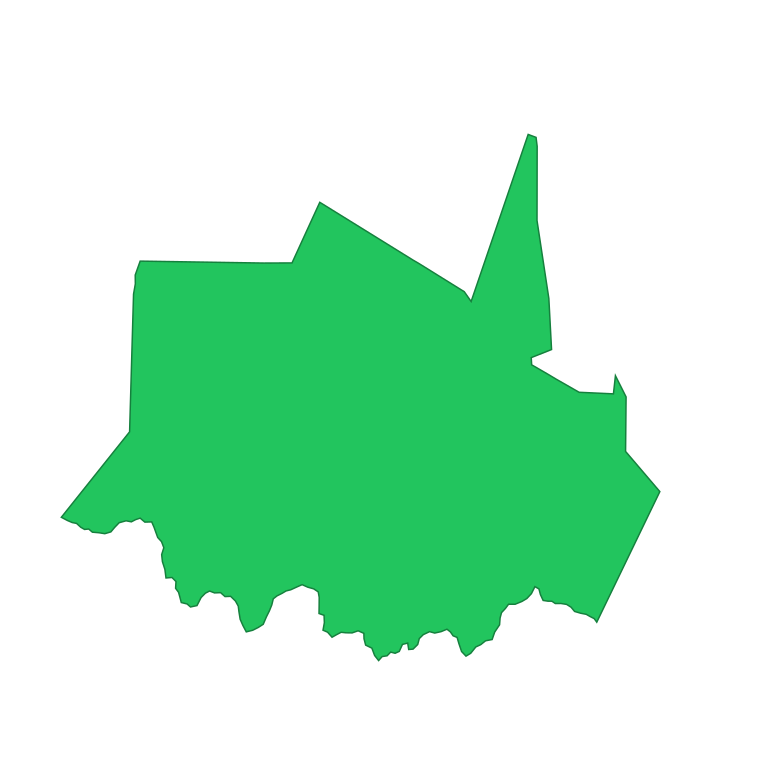 the district of Domingos Mourão, Piauí, Brazil, rotated 191°
{"feature_id": "56859067B58876353314423", "entity_name": "Domingos Mourão", "entity_type": "district", "adm_level": 2, "iso_a3": "BRA", "parent_name": "Brazil", "parent_adm1": "Piauí", "projection": "equal_earth", "projection_center": [-41.31, -4.285], "detail": "fine", "context": "isolated", "style": "filled", "palette": "green", "viewbox_px": 768, "rotation_deg": 191, "n_neighbors": 0, "source": "geoboundaries", "source_scale": "gbopen_adm2", "svg_char_len": 2186}
<svg xmlns="http://www.w3.org/2000/svg" viewBox="0 0 768 768"><g transform="rotate(191 384 384)"><path d="M129.7,190.8L92.7,331.0L134.0,363.9L136.8,379.1L143.9,417.5L158.4,436.3L156.9,418.1L190.9,413.1L216.5,421.8L223.6,424.4L242.7,431.0L244.5,438.0L226.1,449.8L238.5,499.4L265.0,573.7L279.0,646.5L281.8,655.1L290.1,656.5L314.2,481.6L322.8,489.9L373.4,509.2L379.2,511.2L481.7,550.1L497.4,485.3L525.0,479.8L646.8,458.1L649.0,443.5L647.2,434.8L647.0,424.4L624.6,288.5L675.3,191.6L668.7,189.6L663.6,188.5L659.2,188.5L654.3,185.5L650.2,184.1L646.2,185.3L642.0,182.9L635.3,183.6L629.5,183.8L623.9,186.7L621.0,191.9L617.5,197.3L611.1,200.5L605.7,200.5L601.9,203.5L597.8,205.8L592.4,202.8L585.7,204.3L582.4,199.5L579.8,195.1L576.8,190.1L572.3,186.8L568.9,181.3L569.7,174.1L567.6,167.3L563.7,160.2L561.0,152.0L555.2,153.6L550.5,150.4L549.6,143.7L545.9,140.3L543.6,135.6L541.3,130.8L535.3,130.5L531.4,128.2L525.3,130.8L522.8,139.5L519.4,144.6L515.7,147.5L510.5,146.6L504.6,148.0L499.5,145.0L494.0,146.3L488.4,142.6L484.7,138.2L482.9,132.7L480.3,125.6L476.4,120.0L471.9,114.4L465.9,117.2L461.0,121.0L456.7,125.1L455.0,133.0L453.2,139.5L452.0,145.7L451.7,152.0L448.6,155.6L444.2,159.0L440.6,162.2L436.3,164.2L431.0,168.0L426.1,171.4L420.0,170.0L413.9,169.5L408.9,167.4L406.9,162.2L405.3,153.6L404.0,146.3L398.7,145.5L397.0,138.3L396.9,130.7L392.0,129.6L386.7,125.5L382.6,129.0L378.7,132.1L374.0,132.5L367.8,133.6L362.3,136.8L356.2,135.4L355.0,130.1L352.2,124.2L345.5,122.4L341.4,115.7L336.5,111.5L333.8,116.1L329.1,117.8L326.3,122.1L321.7,121.8L318.0,124.4L316.2,131.9L311.3,134.2L309.1,128.1L304.9,129.3L301.2,134.7L300.8,140.8L297.6,145.5L292.0,149.6L286.7,149.2L280.7,151.8L275.4,155.3L271.5,153.3L268.1,150.0L263.9,149.2L260.9,143.4L256.8,136.2L251.6,132.5L247.5,136.2L243.7,143.4L239.3,146.6L235.3,151.3L229.1,153.8L228.0,161.6L224.6,169.7L225.4,176.5L225.0,182.0L222.0,186.8L219.7,191.6L213.3,192.8L207.2,196.8L202.9,200.6L199.3,206.3L197.2,213.9L192.8,212.4L190.3,207.2L186.5,201.9L181.7,202.1L177.7,202.8L174.0,201.2L168.5,202.3L162.7,202.5L157.8,200.6L153.5,197.1L147.1,196.5L141.5,196.5L137.4,195.1L132.9,193.8L129.7,190.8Z" fill="#22c55e" stroke="#15803d" stroke-width="1.5"/></g></svg>